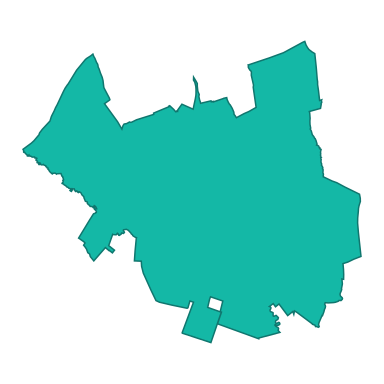 Erbiceni, Iasi, Romania (orthographic projection)
{"feature_id": "2599482B88685264403288", "entity_name": "Erbiceni", "entity_type": "district", "adm_level": 2, "iso_a3": "ROU", "parent_name": "Romania", "parent_adm1": "Iasi", "projection": "orthographic", "projection_center": [27.214, 47.273], "detail": "fine", "context": "isolated", "style": "filled", "palette": "teal", "viewbox_px": 384, "rotation_deg": 0, "n_neighbors": 0, "source": "geoboundaries", "source_scale": "gbopen_adm2", "svg_char_len": 5859}
<svg xmlns="http://www.w3.org/2000/svg" viewBox="0 0 384 384"><path d="M76.6,70.2L68.0,84.2L67.7,84.4L65.3,87.9L63.5,91.3L57.1,104.9L55.6,107.6L54.2,110.9L51.9,115.4L51.2,117.0L50.0,121.0L42.3,129.3L39.8,132.6L39.3,133.5L39.2,134.5L34.0,140.7L31.4,143.1L23.0,149.3L23.7,150.8L23.6,152.0L23.8,152.3L24.6,152.2L25.4,153.5L27.1,154.9L27.2,155.8L27.9,156.1L28.2,156.1L28.3,155.4L29.0,154.9L29.2,155.4L30.0,156.3L30.8,156.1L32.1,157.1L34.6,157.0L34.8,157.3L35.0,158.1L36.3,158.0L36.8,158.2L36.9,158.5L36.0,159.8L36.0,160.2L37.3,161.0L37.1,162.6L37.6,162.8L38.3,162.5L38.7,162.6L38.6,163.9L38.9,164.5L39.4,164.5L39.8,163.0L40.0,163.0L40.5,163.4L40.5,164.2L40.8,164.6L41.7,164.9L42.6,164.8L43.4,164.4L44.1,165.2L45.7,165.7L45.9,165.9L45.9,166.6L46.8,167.1L47.0,167.8L48.0,168.1L48.0,169.3L48.6,169.7L49.6,171.5L51.9,173.7L52.4,173.9L52.6,173.3L53.2,173.4L54.4,173.1L55.3,173.2L56.5,174.1L56.7,173.8L61.0,173.5L61.2,173.9L61.3,174.7L61.8,175.3L61.7,175.7L62.0,176.2L62.9,177.0L62.8,177.6L63.3,178.4L63.3,179.1L63.6,179.8L62.9,180.3L62.8,180.5L63.2,181.1L63.1,182.0L62.0,183.3L62.1,183.5L63.6,184.1L64.0,184.7L65.8,185.8L66.9,187.0L68.1,187.4L68.8,188.2L70.9,188.9L71.0,189.2L71.0,189.5L70.0,190.5L70.7,191.1L71.5,191.4L71.9,190.1L72.5,190.0L72.4,189.7L71.8,189.0L72.0,188.6L73.0,188.9L74.3,188.9L74.9,190.7L75.7,191.6L76.0,191.6L76.4,190.9L77.4,191.3L77.9,192.3L78.3,192.6L78.8,192.4L79.1,191.7L79.5,191.8L81.0,192.9L81.9,194.8L83.8,196.7L84.0,197.9L85.4,201.3L87.1,201.8L87.4,202.4L87.3,203.2L87.5,203.6L88.5,204.7L89.4,205.2L90.1,206.4L92.2,206.6L92.5,206.7L93.1,207.6L94.2,208.2L94.5,208.1L94.6,207.7L94.5,207.1L93.9,206.1L94.2,205.6L95.4,206.4L96.0,207.2L96.7,208.8L95.8,209.0L94.7,208.7L94.4,209.1L96.1,210.9L96.4,211.8L96.3,212.5L95.6,212.7L95.1,213.3L93.7,213.7L93.4,214.0L89.6,220.0L78.6,238.1L83.9,241.8L85.0,243.0L83.6,245.2L85.0,246.9L86.5,249.1L87.8,252.7L89.6,254.0L90.3,256.6L93.8,260.9L105.4,247.6L109.0,250.6L109.2,250.4L112.4,252.9L114.5,250.2L108.7,245.6L112.7,234.3L113.2,234.6L116.1,234.8L116.9,234.2L117.0,233.6L117.4,233.2L118.0,233.6L118.8,235.3L119.3,235.4L121.1,234.2L121.6,233.0L122.1,233.0L123.2,233.5L124.4,232.6L124.3,232.0L123.5,231.0L123.3,230.4L123.5,229.8L126.4,229.3L128.3,230.3L131.0,233.2L131.3,233.9L132.3,234.6L132.9,235.7L133.4,236.1L135.5,237.4L136.5,237.7L136.3,238.2L135.1,250.8L134.4,260.9L141.3,261.2L141.6,266.3L143.3,273.1L151.0,290.2L156.0,300.6L159.4,302.2L171.8,305.1L186.8,308.2L187.6,308.1L188.0,307.6L189.9,301.0L193.5,302.2L182.2,332.6L182.2,333.0L182.3,333.2L210.9,342.6L221.3,312.2L207.7,307.4L209.6,299.2L210.5,296.8L222.8,301.0L220.2,311.6L221.5,312.1L217.5,323.8L258.8,338.8L258.9,338.0L259.2,337.9L279.9,332.4L278.1,330.4L278.6,328.6L278.0,327.5L276.1,326.5L275.3,325.7L274.9,325.1L275.1,324.7L275.6,324.7L277.0,325.4L278.6,325.1L279.7,324.4L279.8,323.3L279.2,322.5L278.4,322.4L277.4,323.1L276.1,323.3L275.6,322.8L275.5,322.3L275.6,321.0L275.8,320.6L277.8,319.5L278.4,317.8L278.3,317.5L277.0,316.3L276.4,315.5L275.6,315.5L274.1,316.3L273.3,316.1L273.1,315.1L273.1,312.8L272.6,312.4L270.5,311.6L270.1,310.8L270.0,310.0L270.8,308.7L270.9,307.6L270.2,306.8L269.4,306.5L273.2,303.6L275.5,306.8L279.0,304.0L287.7,315.6L292.8,311.5L293.8,314.3L294.5,310.9L297.1,312.5L312.5,324.0L312.5,324.3L315.0,325.2L315.5,326.6L316.9,326.6L318.3,327.3L319.2,326.7L318.7,325.0L318.6,324.3L319.1,322.4L322.1,315.4L322.5,315.6L323.9,311.8L324.5,309.4L325.2,307.9L325.5,306.3L325.3,305.5L324.7,304.3L325.2,302.7L328.1,302.9L333.4,302.6L335.3,302.3L338.2,301.3L338.9,300.5L341.1,300.5L342.2,299.4L342.5,298.7L342.2,297.7L340.5,296.1L340.0,294.4L340.1,293.6L341.4,290.5L341.7,289.3L341.5,288.6L342.4,283.9L341.9,279.0L343.6,279.3L343.7,274.5L343.5,269.3L343.0,263.6L347.8,262.1L353.8,259.2L361.0,256.4L358.4,232.5L357.6,223.0L357.7,218.0L358.3,211.6L358.5,208.4L359.0,205.8L360.4,201.3L360.3,200.3L360.3,198.4L359.5,194.2L344.8,187.0L336.8,182.7L332.1,181.0L323.3,176.8L323.4,176.4L323.2,175.3L323.4,174.8L323.4,174.0L322.9,172.8L323.1,169.7L322.5,168.7L322.6,168.1L322.8,168.0L322.8,167.5L322.0,165.9L321.5,165.4L321.7,164.0L321.0,162.3L321.0,160.7L321.2,159.5L320.8,158.5L320.7,157.7L321.2,157.4L320.7,157.0L320.8,155.9L320.4,155.1L320.6,154.7L320.7,153.1L320.5,152.5L320.7,151.0L321.1,149.5L320.7,149.1L320.2,149.1L319.6,148.4L319.9,147.9L319.0,147.1L318.7,146.1L317.4,145.2L316.6,145.1L317.0,143.9L316.0,140.5L315.1,138.5L314.6,138.3L313.9,136.7L312.3,134.7L311.3,131.0L310.2,129.0L310.7,128.2L310.0,124.5L309.9,121.2L310.1,118.3L309.7,112.9L309.3,111.5L320.5,108.4L321.2,104.5L321.1,103.2L321.6,102.8L321.8,102.2L321.4,100.7L321.7,99.8L319.6,100.5L318.5,90.8L317.6,84.6L317.6,81.7L317.2,79.1L316.3,68.0L314.8,53.6L311.7,51.7L308.9,49.5L307.4,47.4L306.0,44.9L304.8,41.4L302.7,42.3L283.5,52.7L269.3,57.9L248.1,65.0L248.4,65.5L248.5,66.0L248.2,66.9L248.6,68.0L249.9,70.1L251.0,71.1L251.4,72.0L251.3,75.3L253.4,84.6L253.5,85.6L253.2,87.1L256.1,107.4L248.9,111.5L244.1,113.6L236.4,117.7L235.0,115.5L234.1,114.5L233.8,112.1L232.2,108.3L230.2,104.9L229.3,104.0L228.2,102.0L227.1,99.5L226.7,97.6L223.6,98.3L223.4,98.5L213.4,101.9L213.4,101.4L211.3,101.8L211.1,100.9L210.8,100.9L200.6,103.3L200.2,101.4L199.7,100.4L198.9,96.6L199.2,94.4L198.1,91.9L197.8,90.8L197.3,86.1L197.3,83.5L196.0,81.1L193.6,77.2L193.5,80.1L194.8,82.3L195.8,86.4L196.0,89.1L196.0,93.3L195.9,95.3L195.3,98.9L193.1,109.2L181.9,104.2L177.8,109.9L177.6,111.4L176.6,111.0L176.1,111.8L175.7,111.8L173.8,109.5L169.7,105.7L168.9,106.1L169.2,106.6L153.6,113.1L153.7,114.4L136.5,119.8L131.4,122.3L130.1,122.3L129.5,122.0L126.6,123.6L124.3,124.0L123.9,124.2L122.9,125.9L121.9,129.1L117.5,121.6L104.5,103.7L109.8,99.9L109.9,99.7L109.3,98.0L104.1,88.1L103.8,87.2L103.0,80.5L102.2,77.3L100.5,73.2L99.0,68.7L98.2,67.2L97.9,65.1L97.6,64.1L96.5,62.3L94.9,58.3L93.8,56.5L92.9,54.1L90.8,55.8L86.7,58.4L85.3,59.6L76.6,70.2Z" fill="#14b8a6" stroke="#0f766e" stroke-width="1.5"/></svg>